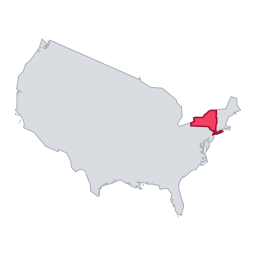 United States of America, with New York highlighted
{"feature_id": "USA-3559", "entity_name": "New York", "entity_type": "State", "adm_level": 1, "iso_a3": "USA", "parent_name": "United States of America", "parent_adm1": "", "projection": "albers", "projection_center": [-74.009, 42.755], "detail": "fine", "context": "in_parent", "style": "filled", "palette": "rose", "viewbox_px": 256, "rotation_deg": 0, "n_neighbors": 0, "source": "natural_earth", "source_scale": "10m", "svg_char_len": 7454}
<svg xmlns="http://www.w3.org/2000/svg" viewBox="0 0 256 256"><path d="M211.1,110.4L225.7,108.7L231.2,96.6L236.6,98.3L237.2,105.6L240.6,110.2L235.2,112.3L234.9,113.7L234.0,112.1L232.7,115.0L228.4,117.2L225.6,124.6L228.2,127.6L229.9,127.1L229.4,125.8L230.0,126.4L230.2,127.9L225.3,129.1L224.3,127.5L223.9,129.8L218.2,130.4L213.9,133.3L214.4,131.7L214.0,130.6L212.8,134.5L214.0,135.2L213.5,138.5L210.5,142.7L207.5,140.0L209.4,137.4L207.3,139.2L208.0,142.2L209.3,143.9L209.5,145.8L205.5,152.6L206.8,148.3L204.0,144.2L206.0,139.9L203.1,141.1L203.9,147.5L201.1,145.5L200.2,145.7L201.1,143.7L201.1,143.1L200.1,144.6L200.0,146.0L204.2,148.6L203.2,149.7L201.3,147.4L200.6,147.0L202.9,149.7L204.0,150.3L203.3,151.9L202.0,150.6L204.0,153.1L203.5,153.4L202.5,152.1L199.9,151.5L203.1,153.9L205.2,153.9L207.1,159.8L205.4,155.2L205.9,158.2L201.9,157.4L204.7,160.4L206.1,159.6L204.2,162.2L200.4,161.1L202.7,162.6L200.6,163.8L203.0,164.9L198.6,165.3L196.1,169.5L191.9,170.4L183.5,177.5L182.5,176.6L178.9,183.3L178.5,185.0L179.2,190.4L183.8,206.5L181.1,214.5L177.9,214.8L175.2,210.1L175.0,206.4L171.0,201.7L172.7,200.0L170.6,199.9L172.1,194.5L167.7,188.5L159.8,188.9L158.9,185.5L151.5,184.1L152.6,183.1L151.1,184.1L147.6,184.1L148.0,181.7L147.1,183.3L136.8,181.9L140.9,183.9L139.0,185.8L141.9,188.6L140.0,189.4L136.8,185.9L136.2,188.0L131.3,186.1L129.0,182.6L127.0,183.7L120.1,179.8L115.1,181.9L116.4,181.3L114.3,179.9L112.2,183.4L107.0,184.6L108.3,184.2L105.4,183.0L106.1,184.5L102.2,185.2L99.7,188.9L98.3,187.8L99.4,189.3L98.5,193.1L99.3,195.8L98.0,196.3L90.5,191.0L90.3,184.9L85.2,171.1L81.0,169.0L75.4,171.8L71.3,167.1L70.9,161.2L66.5,152.8L58.9,149.6L58.0,151.7L45.9,146.4L33.9,132.1L23.7,127.7L24.3,123.4L22.1,117.7L15.4,110.2L16.9,107.7L17.0,92.5L18.0,91.4L18.4,93.7L19.1,90.8L22.0,92.4L16.6,89.3L18.7,76.1L23.2,71.3L25.7,64.2L29.7,61.1L37.8,50.1L40.0,52.0L37.7,49.7L40.5,47.1L39.5,46.6L42.1,39.1L47.2,44.0L43.9,46.7L47.3,45.5L45.3,48.2L43.5,48.0L44.4,48.8L46.3,48.3L48.5,45.6L49.7,40.1L139.3,79.5L139.8,77.6L140.8,81.3L150.9,87.4L162.3,88.2L176.2,99.8L176.6,102.3L181.5,106.9L182.1,116.6L177.4,123.8L178.9,126.5L193.9,121.6L193.6,118.0L194.9,117.5L202.8,117.6L211.1,110.4ZM219.9,132.0L222.4,131.5L213.7,133.9L220.9,131.1L219.9,132.0ZM48.4,43.2L48.0,45.5L47.8,45.7L47.6,43.7L48.4,43.2ZM99.3,195.1L99.2,191.5L99.8,189.6L99.4,191.7L99.3,195.1ZM235.8,112.6L235.8,113.7L235.4,113.5L235.8,112.6ZM128.9,183.7L128.9,184.5L128.2,183.7L128.9,183.7ZM16.9,115.0L18.1,115.1L18.1,115.3L16.9,115.0ZM16.1,114.1L15.4,114.4L15.4,113.7L16.1,114.1ZM227.5,129.2L226.9,129.9L226.7,129.8L227.5,129.2ZM100.9,188.1L99.8,189.4L102.2,186.9L100.9,188.1ZM182.5,201.2L183.4,204.4L182.3,200.9L182.5,201.2ZM20.5,120.1L20.5,121.1L20.4,120.1L20.5,120.1ZM181.5,215.0L180.5,215.9L182.3,214.0L181.5,215.0ZM207.4,161.7L206.4,162.9L207.2,160.0L207.4,161.7ZM48.5,41.2L48.2,41.7L48.0,41.3L48.5,41.2ZM106.0,185.2L104.2,185.4L106.1,184.9L106.0,185.2ZM229.9,129.4L229.8,130.2L229.1,130.1L229.9,129.4ZM19.3,122.2L19.1,123.2L19.1,122.2L19.3,122.2ZM103.6,185.9L102.9,186.1L103.6,185.6L103.6,185.9ZM209.0,147.1L208.0,148.8L209.2,146.5L209.0,147.1ZM114.4,182.4L113.2,182.7L115.0,182.1L114.4,182.4ZM179.0,184.1L178.7,185.4L178.6,184.5L179.0,184.1ZM203.3,165.1L203.0,165.4L204.0,164.4L203.3,165.1ZM162.6,188.9L161.3,189.4L160.8,189.2L162.6,188.9ZM147.2,183.8L146.9,184.0L146.2,183.8L147.2,183.8ZM173.5,206.4L173.6,207.3L173.3,206.2L173.5,206.4ZM143.6,185.0L143.2,185.8L143.4,184.3L143.6,185.0ZM178.3,216.9L177.5,216.9L178.6,216.8L178.3,216.9ZM213.3,139.1L212.8,139.9L213.4,138.7L213.3,139.1ZM205.6,163.2L205.1,163.5L205.0,163.4L205.6,163.2Z" fill="#d9dde1" stroke="#a8b0b8" stroke-width="1"/><path d="M191.0,122.9L194.0,121.7L194.4,121.2L194.5,121.0L194.5,120.9L194.4,120.8L194.2,120.7L194.1,120.3L194.0,120.1L193.9,120.0L193.9,119.9L194.0,119.8L194.0,119.7L194.0,119.2L193.9,118.7L193.6,118.1L195.3,117.3L195.6,117.3L202.8,117.6L204.3,115.2L204.8,114.8L204.8,114.7L205.4,114.5L205.5,114.4L205.4,114.2L205.6,114.0L205.9,113.8L206.6,113.5L206.7,113.4L206.8,113.2L207.1,112.9L207.3,112.6L209.0,111.1L209.5,110.8L209.8,110.7L210.0,110.6L210.3,110.4L210.5,110.3L211.2,110.4L216.3,110.4L216.4,110.7L216.4,110.8L216.3,111.0L216.2,111.2L216.3,111.3L216.4,111.5L216.3,111.9L216.3,112.0L216.2,112.3L216.3,112.7L216.5,113.2L216.6,113.3L216.5,113.5L216.4,113.8L216.5,114.2L216.5,114.5L216.4,114.5L216.2,114.7L216.2,114.9L216.1,115.3L216.0,115.5L216.1,116.0L216.3,116.4L216.2,116.7L216.3,116.9L216.3,117.0L216.1,117.7L216.1,117.9L216.1,118.0L216.3,118.0L216.3,117.8L216.5,117.8L216.7,118.0L216.8,118.2L216.7,121.9L216.7,122.2L216.7,122.3L216.7,122.5L216.8,122.5L215.8,126.1L215.9,126.3L215.7,130.4L215.9,130.8L215.0,131.4L215.2,131.8L215.3,131.8L215.3,132.0L215.2,132.2L214.8,132.4L214.8,132.5L214.7,132.6L214.6,132.8L214.7,133.0L214.4,133.0L214.1,133.0L214.1,132.9L214.2,132.7L214.3,132.3L214.4,131.9L214.4,131.3L214.4,131.1L214.3,130.9L214.1,130.7L214.1,130.4L213.9,130.4L213.9,130.5L214.0,130.9L214.1,131.0L214.2,131.4L214.2,131.9L214.2,132.0L211.0,130.0L211.0,129.9L210.9,129.6L210.7,129.6L210.4,129.5L210.1,129.4L209.9,129.3L209.6,128.7L209.6,128.2L209.6,127.9L209.6,127.7L209.4,127.6L209.5,127.5L209.4,127.4L209.2,127.2L208.9,127.2L208.8,126.8L208.5,126.6L190.8,125.8L191.0,122.9ZM222.3,131.5L222.3,131.4L222.6,131.5L222.4,131.6L221.6,132.0L220.3,132.6L220.1,132.7L220.0,132.8L219.8,132.9L219.1,133.2L219.4,133.0L219.2,133.0L218.9,133.1L218.7,133.1L218.5,133.3L218.4,133.3L218.4,133.2L218.2,133.2L218.2,133.3L217.9,133.3L217.5,133.4L217.4,133.4L217.3,133.5L217.1,133.5L216.8,133.6L216.6,133.7L216.4,133.8L215.6,133.9L215.3,134.1L215.2,134.1L215.3,134.1L215.2,134.0L215.6,134.1L215.0,134.2L214.8,134.2L214.6,134.2L214.1,134.4L214.7,134.1L214.8,134.0L214.7,133.9L214.4,133.9L214.3,134.0L214.1,134.2L214.1,134.3L213.9,134.3L213.8,134.2L213.7,134.1L213.7,133.9L213.8,133.8L213.8,133.7L214.0,133.5L214.0,133.4L214.1,133.2L214.3,133.1L214.6,133.1L214.8,133.1L214.8,132.9L215.0,133.0L215.1,132.9L214.9,132.8L214.9,132.7L215.0,132.7L215.3,132.9L215.3,132.7L215.6,132.4L215.8,132.4L215.8,132.5L215.7,132.5L215.8,132.6L216.0,132.6L215.9,132.3L215.9,132.2L216.0,132.3L216.2,132.5L216.3,132.5L216.5,132.5L216.5,132.4L216.3,132.4L216.3,132.2L216.4,132.3L216.7,132.4L217.0,132.4L217.3,132.3L217.3,132.2L217.5,132.1L217.9,132.1L218.3,132.1L218.6,132.1L218.8,132.1L219.2,132.0L219.4,132.0L219.5,132.0L220.1,131.6L220.2,131.4L220.3,131.4L220.6,131.1L220.8,131.0L221.0,131.0L220.9,131.2L220.8,131.3L220.7,131.2L220.6,131.3L220.3,131.5L220.2,131.8L220.2,132.0L220.1,131.9L220.1,132.0L219.9,132.0L219.6,132.3L220.0,132.5L220.1,132.4L220.2,132.2L220.3,132.2L220.5,131.9L220.6,131.7L220.8,131.9L221.0,131.8L221.0,131.6L221.2,131.8L221.2,131.6L221.3,131.6L221.5,131.8L221.8,131.8L222.0,131.6L222.3,131.5L222.3,131.5ZM213.3,133.9L213.5,133.9L213.6,134.0L213.4,134.4L213.3,134.5L213.2,134.5L212.9,134.7L212.9,134.4L213.0,134.3L213.1,134.0L213.1,133.9L213.3,133.9ZM218.1,133.5L218.8,133.2L218.7,133.3L217.8,133.7L217.3,133.9L216.9,134.0L216.7,134.0L216.7,133.9L216.9,133.9L217.8,133.7L218.1,133.5ZM214.1,133.1L214.0,133.4L213.9,133.5L213.8,133.3L214.1,132.6L214.1,132.9L214.1,133.0L214.1,133.1ZM216.9,133.9L216.6,133.9L215.6,134.2L216.6,133.9L216.9,133.8L216.9,133.9ZM220.6,131.4L220.8,131.5L220.7,131.6L220.6,131.4ZM222.0,130.5L221.9,130.5L221.8,130.4L222.0,130.3L222.3,130.3L222.2,130.3L222.0,130.5ZM221.4,131.2L221.5,131.3L221.6,131.5L221.6,131.4L221.4,131.4L221.5,131.3L221.4,131.2Z" fill="#f43f5e" stroke="#9f1239" stroke-width="1.5"/></svg>